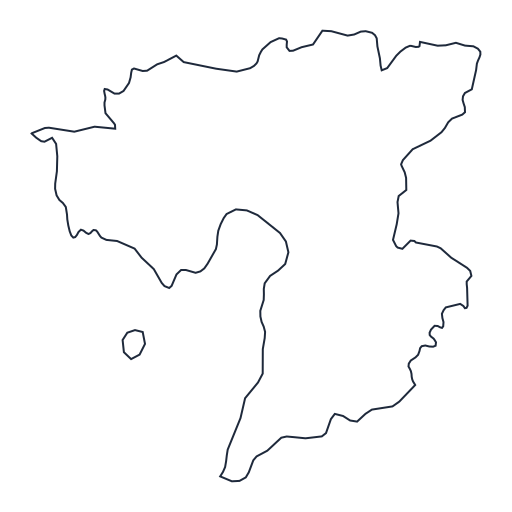 the border of Pärnu
{"feature_id": "EST-2346", "entity_name": "Pärnu", "entity_type": "County", "adm_level": 1, "iso_a3": "EST", "parent_name": "Estonia", "parent_adm1": "", "projection": "albers", "projection_center": [24.54, 58.305], "detail": "fine", "context": "isolated", "style": "outline", "palette": "slate", "viewbox_px": 512, "rotation_deg": 0, "n_neighbors": 0, "source": "natural_earth", "source_scale": "10m", "svg_char_len": 3479}
<svg xmlns="http://www.w3.org/2000/svg" viewBox="0 0 512 512"><path d="M415.2,385.0L399.3,401.6L392.5,406.4L371.9,409.6L365.5,413.8L359.9,419.0L357.1,421.6L350.1,420.5L343.1,416.0L334.8,413.9L330.9,419.1L326.0,433.1L321.8,436.4L305.5,438.3L294.4,437.2L286.7,436.5L281.3,437.7L267.3,450.7L256.6,456.4L253.3,460.3L248.8,472.3L245.8,477.4L239.5,480.9L231.9,481.3L220.2,476.4L223.0,471.9L225.1,467.1L226.1,461.3L226.8,455.3L227.7,449.6L240.5,418.1L245.1,398.2L258.0,382.5L262.7,373.6L262.8,349.1L264.7,338.1L265.1,331.9L263.7,326.6L261.6,321.9L260.4,316.5L260.3,310.8L263.7,300.0L263.9,294.5L263.8,288.9L264.7,283.3L270.1,275.9L278.1,270.6L285.2,264.0L288.4,252.3L285.9,241.5L280.0,233.0L257.6,215.1L246.8,210.4L235.9,209.4L226.6,214.0L223.7,218.1L220.7,224.1L218.3,230.7L217.4,236.7L216.9,244.5L215.9,249.1L207.6,263.7L204.3,268.4L200.4,271.4L195.6,272.8L185.9,270.0L181.1,270.0L176.5,274.4L171.6,285.9L169.2,288.0L164.5,286.1L161.7,282.9L153.8,269.1L141.6,257.7L134.6,248.6L117.1,241.0L106.4,239.9L101.4,237.6L100.0,236.0L97.2,231.6L95.9,230.3L93.5,230.0L91.9,231.4L90.4,233.1L88.5,234.0L86.1,232.8L83.5,230.6L80.9,229.7L78.5,232.0L76.9,235.0L75.2,237.1L73.3,237.6L71.3,235.5L69.7,231.3L68.3,225.5L67.3,219.4L67.0,214.5L65.8,207.0L62.9,203.0L59.4,200.0L56.6,195.4L55.1,188.8L55.2,183.6L56.9,171.3L57.3,156.3L56.1,143.9L52.1,137.8L44.5,141.7L41.2,141.2L36.2,137.7L31.6,133.5L31.9,133.2L44.9,128.0L48.9,127.7L74.3,131.7L94.6,126.7L115.2,128.7L115.0,124.8L114.1,123.4L105.5,113.2L104.5,105.4L104.5,102.5L105.3,99.5L105.4,97.5L105.1,95.7L104.6,93.7L104.1,90.9L104.7,89.0L107.6,89.5L114.5,93.6L119.0,93.6L123.5,91.0L129.0,83.0L130.6,77.4L131.2,72.7L131.9,69.6L134.0,68.5L142.7,71.0L147.1,70.7L157.2,64.3L164.1,62.0L176.3,55.6L183.7,62.1L216.1,68.7L236.7,71.6L250.1,68.2L254.0,65.9L256.5,63.4L257.6,61.5L259.2,55.2L260.9,51.8L262.4,49.4L270.6,42.1L279.1,38.2L282.1,38.5L286.1,39.6L287.0,41.5L286.7,44.6L286.7,47.3L289.5,50.9L293.1,50.7L301.6,47.2L313.0,44.5L322.4,30.7L331.3,31.2L347.6,35.6L354.2,34.5L360.8,31.6L365.7,31.2L372.1,32.8L375.0,35.2L376.7,38.3L377.4,46.4L379.9,58.3L380.6,65.6L381.7,70.3L387.2,68.1L396.3,55.7L400.4,51.6L405.7,47.6L409.7,45.9L411.2,45.9L415.8,47.0L418.6,46.8L419.5,46.1L420.0,41.9L437.6,45.7L445.8,45.3L455.9,42.8L465.0,45.6L473.4,46.3L477.9,48.7L480.3,51.7L480.4,54.5L479.5,57.3L478.0,60.6L476.9,63.6L476.1,70.1L471.8,89.3L464.9,93.0L463.0,96.3L462.6,99.9L463.6,103.5L464.8,107.1L465.0,112.2L462.3,114.6L452.0,118.6L448.2,122.3L444.9,128.0L441.5,132.2L430.5,140.7L412.7,149.2L402.9,160.1L401.1,164.3L401.6,165.8L404.7,172.3L406.1,177.9L406.3,190.0L398.7,196.0L397.5,202.1L398.5,213.3L396.7,224.3L393.0,239.9L396.2,246.2L397.7,247.6L402.4,248.8L410.6,240.6L414.4,241.0L415.9,242.5L436.9,246.5L440.7,248.3L451.2,257.7L467.0,267.8L470.2,270.9L471.4,275.9L466.7,281.5L466.7,284.1L467.1,288.0L467.6,305.7L466.5,307.9L464.9,308.2L463.4,306.0L460.2,303.9L445.8,307.4L443.6,310.2L441.9,313.8L442.4,318.1L443.5,322.1L443.2,326.3L442.0,327.9L440.1,327.3L437.7,326.0L434.6,325.8L431.0,329.6L429.6,332.7L429.7,335.0L431.0,336.6L433.6,338.6L434.6,340.0L436.0,342.3L435.6,345.7L433.1,346.7L429.3,346.5L425.3,345.5L421.7,346.2L420.1,348.2L419.5,351.0L418.1,354.8L415.5,357.4L410.8,360.5L408.8,363.6L408.5,366.5L409.9,369.0L410.9,371.2L411.5,373.9L411.7,376.8L412.2,379.3L413.0,381.4L415.1,384.8L415.2,385.0ZM123.9,352.2L122.6,340.0L127.3,332.7L135.0,330.1L142.7,332.0L145.0,343.9L139.6,354.6L131.1,359.1L123.9,352.2Z" fill="none" stroke="#1e293b" stroke-width="2"/></svg>